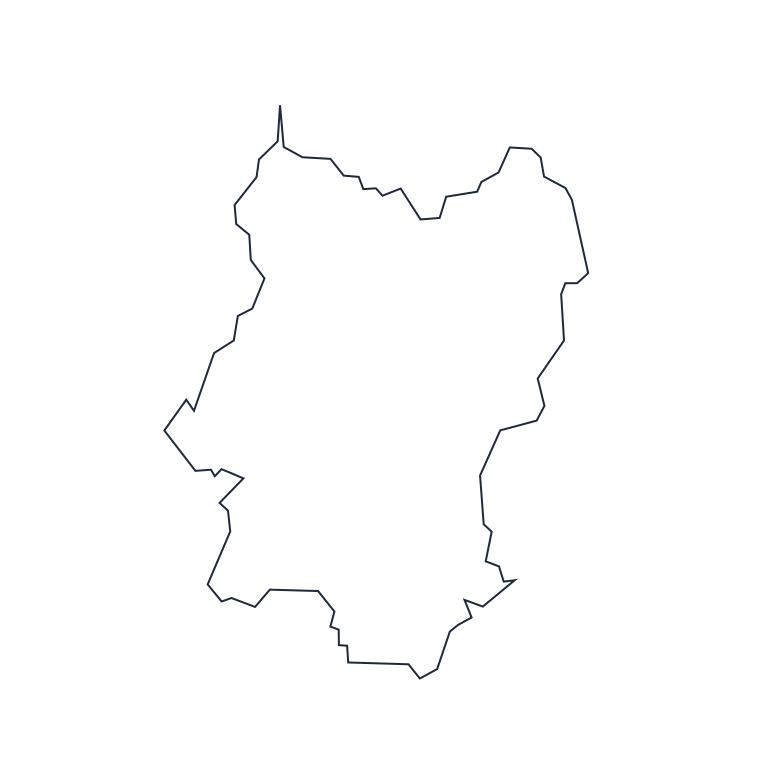 outline of Bosilovo, Bosilovo, North Macedonia, rotated 347°
{"feature_id": "65306769B43786994605209", "entity_name": "Bosilovo", "entity_type": "district", "adm_level": 2, "iso_a3": "MKD", "parent_name": "North Macedonia", "parent_adm1": "Bosilovo", "projection": "orthographic", "projection_center": [22.779, 41.481], "detail": "fine", "context": "isolated", "style": "outline", "palette": "slate", "viewbox_px": 768, "rotation_deg": 347, "n_neighbors": 0, "source": "geoboundaries", "source_scale": "gbopen_adm2", "svg_char_len": 1148}
<svg xmlns="http://www.w3.org/2000/svg" viewBox="0 0 768 768"><g transform="rotate(347 384 384)"><path d="M345.4,89.0L335.0,123.6L312.7,137.1L306.4,153.7L278.7,176.0L276.0,194.9L286.3,208.3L282.1,233.2L291.3,254.2L272.6,280.9L256.9,284.8L247.4,307.8L225.4,315.6L192.8,367.4L187.8,354.8L159.5,379.9L180.7,426.2L196.1,428.6L198.4,435.8L206.5,430.4L225.8,444.3L197.0,462.9L203.5,472.3L201.0,493.1L167.1,539.6L176.9,559.4L187.2,558.2L208.2,572.2L226.5,558.7L273.2,570.9L284.5,594.5L277.2,608.3L284.6,613.2L281.3,628.3L289.2,630.7L286.5,647.3L344.8,662.6L352.7,679.0L371.7,673.7L392.5,640.0L402.0,635.4L416.8,631.2L413.9,612.5L430.2,623.1L467.2,604.6L456.2,603.5L455.0,587.6L443.2,579.7L455.7,552.1L449.6,543.1L457.0,494.8L486.9,455.3L524.5,454.0L535.4,441.4L535.0,413.2L569.2,382.1L576.8,336.4L583.3,326.6L594.9,329.2L607.9,321.9L608.5,246.9L604.9,233.9L586.6,217.9L587.6,198.6L580.8,188.0L559.8,181.8L543.2,203.7L524.3,209.0L518.1,217.6L486.7,215.5L475.6,234.7L456.6,231.9L444.2,197.3L424.9,200.2L420.1,191.5L407.7,189.5L406.0,176.5L391.6,171.9L382.5,152.6L355.5,144.7L339.6,130.5L345.4,89.0Z" fill="none" stroke="#1e293b" stroke-width="2"/></g></svg>